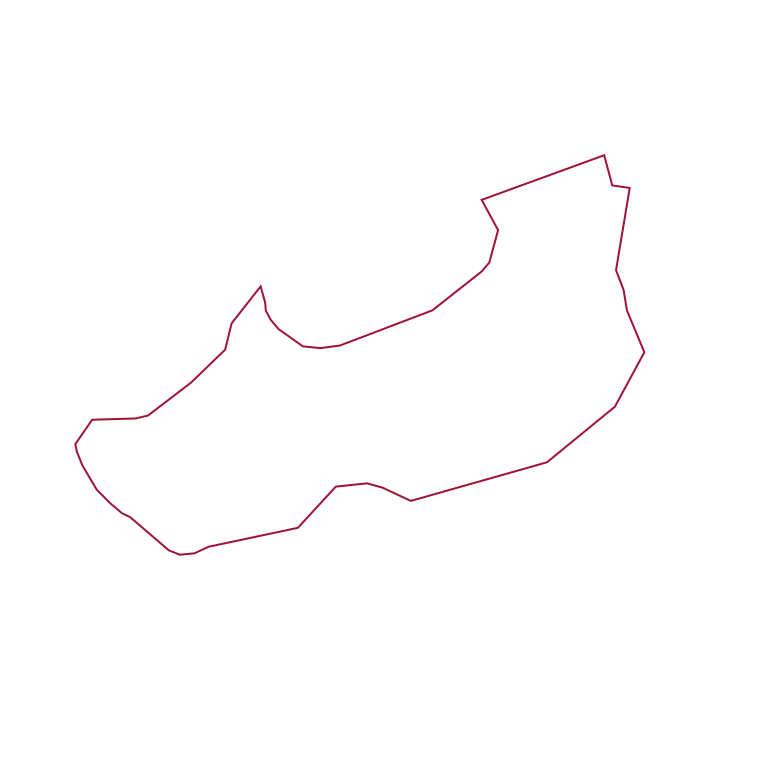 map outline of Dobrova-Polhov Gradec (Natural Earth projection), rotated 154°
{"feature_id": "SVN-204", "entity_name": "Dobrova-Polhov Gradec", "entity_type": "Municipality", "adm_level": 1, "iso_a3": "SVN", "parent_name": "Slovenia", "parent_adm1": "", "projection": "natural_earth1", "projection_center": [14.336, 46.06], "detail": "fine", "context": "isolated", "style": "outline", "palette": "rose", "viewbox_px": 768, "rotation_deg": 154, "n_neighbors": 0, "source": "natural_earth", "source_scale": "10m", "svg_char_len": 703}
<svg xmlns="http://www.w3.org/2000/svg" viewBox="0 0 768 768"><g transform="rotate(154 384 384)"><path d="M662.0,479.8L622.3,461.9L609.9,459.1L556.6,469.9L511.7,484.5L494.4,505.3L452.1,525.8L455.1,509.3L458.1,501.6L457.7,491.5L454.7,479.5L440.4,453.4L425.4,444.1L406.7,437.9L308.2,429.0L247.0,442.3L236.1,447.0L214.0,472.3L215.5,506.7L85.8,493.1L91.8,462.4L77.2,452.5L125.6,384.5L127.4,363.6L133.4,343.5L136.1,298.4L186.4,262.4L271.8,242.2L411.2,267.2L430.6,291.3L442.7,302.1L472.3,312.9L524.4,292.5L612.9,314.6L628.6,314.9L642.4,320.1L650.3,328.8L670.5,375.5L676.2,382.8L682.2,396.5L688.5,414.8L690.8,443.2L689.7,457.9L687.8,465.3L662.0,479.8Z" fill="none" stroke="#9f1239" stroke-width="2"/></g></svg>